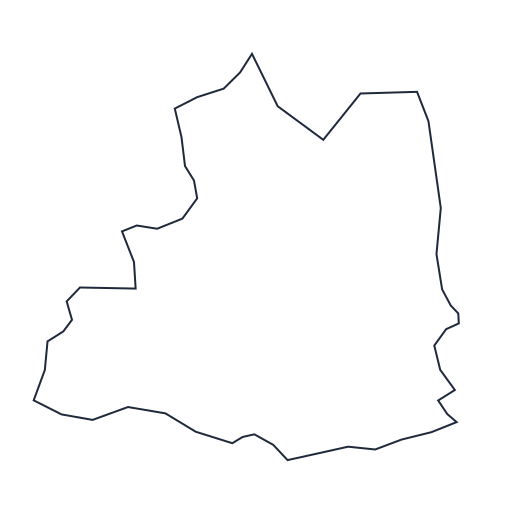 the Province of Muramvya, rotated 274°
{"feature_id": "BDI-3365", "entity_name": "Muramvya", "entity_type": "Province", "adm_level": 1, "iso_a3": "BDI", "parent_name": "Burundi", "parent_adm1": "", "projection": "natural_earth1", "projection_center": [29.66, -3.246], "detail": "fine", "context": "isolated", "style": "outline", "palette": "slate", "viewbox_px": 512, "rotation_deg": 274, "n_neighbors": 0, "source": "natural_earth", "source_scale": "10m", "svg_char_len": 801}
<svg xmlns="http://www.w3.org/2000/svg" viewBox="0 0 512 512"><g transform="rotate(274 256 256)"><path d="M96.5,44.3L127.6,53.3L156.3,54.0L167.3,69.0L179.5,76.9L197.5,70.3L212.3,82.6L215.1,138.2L241.5,134.7L271.2,120.6L278.1,134.9L276.3,155.5L288.2,180.0L309.4,193.3L326.9,188.9L340.8,178.9L369.3,173.4L397.4,164.7L410.4,186.3L420.7,212.1L438.1,227.4L457.4,237.9L406.9,267.2L376.6,315.0L425.4,348.9L431.0,405.2L402.6,418.6L316.7,437.0L270.4,435.9L235.7,444.0L220.1,453.8L212.8,461.8L202.9,463.0L196.3,450.8L179.1,440.1L155.3,447.7L136.2,463.7L124.6,447.8L111.7,457.8L104.3,467.7L92.5,443.3L83.0,413.9L71.3,388.4L72.2,361.2L54.6,301.7L68.8,286.4L78.0,266.8L74.5,255.2L67.6,245.4L76.5,208.1L92.7,176.6L96.4,138.8L81.1,104.4L84.4,73.1L96.5,44.3Z" fill="none" stroke="#1e293b" stroke-width="2"/></g></svg>